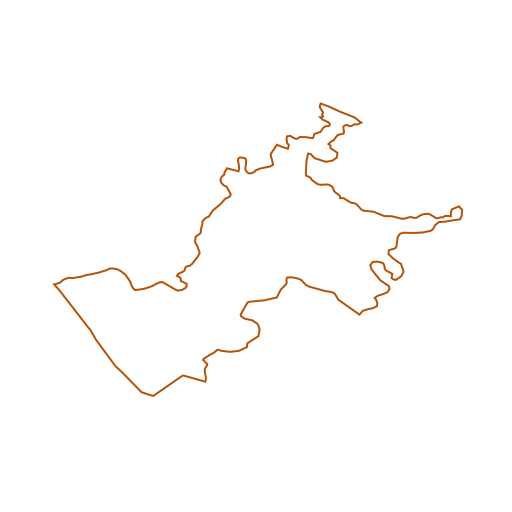 the district of Mahagi, Orientale, Democratic Republic of the Congo, rotated 108°
{"feature_id": "63176286B15680618396169", "entity_name": "Mahagi", "entity_type": "district", "adm_level": 2, "iso_a3": "COD", "parent_name": "Democratic Republic of the Congo", "parent_adm1": "Orientale", "projection": "natural_earth1", "projection_center": [30.592, 2.325], "detail": "fine", "context": "isolated", "style": "outline", "palette": "amber", "viewbox_px": 512, "rotation_deg": 108, "n_neighbors": 0, "source": "geoboundaries", "source_scale": "gbopen_adm2", "svg_char_len": 5105}
<svg xmlns="http://www.w3.org/2000/svg" viewBox="0 0 512 512"><g transform="rotate(108 256 256)"><path d="M96.6,197.1L96.3,198.0L96.2,198.5L93.8,204.9L92.7,221.4L91.4,232.4L91.0,241.6L92.0,241.6L94.0,241.7L96.1,240.0L98.5,236.8L99.7,236.5L100.8,236.9L101.0,237.0L102.3,235.5L103.1,235.7L104.2,237.9L104.7,236.8L105.7,234.7L106.5,228.3L107.7,226.5L108.9,226.4L109.5,226.7L109.8,226.9L109.9,227.0L110.8,229.2L111.9,230.8L113.9,231.9L118.0,233.0L121.6,237.8L122.5,238.2L122.9,238.2L124.4,238.2L125.2,238.1L126.5,238.6L127.6,245.5L129.4,251.2L131.7,252.9L132.3,255.1L132.2,255.4L131.8,257.8L131.1,260.6L132.7,263.5L134.1,263.3L136.0,262.8L138.9,261.3L140.4,259.0L144.1,258.8L144.1,261.6L144.2,264.6L144.2,265.2L144.2,265.5L143.7,270.5L152.1,272.8L154.0,273.6L156.6,272.6L159.6,270.5L164.1,267.9L164.9,268.8L166.6,270.4L169.4,275.4L171.1,278.3L171.5,279.0L174.7,282.9L174.8,283.0L176.5,283.5L178.9,286.1L179.1,286.7L179.6,288.7L179.0,290.4L178.4,291.3L177.4,292.6L176.6,293.0L176.2,293.2L170.6,294.1L167.8,295.1L166.9,295.8L166.4,296.9L166.6,298.7L167.2,301.7L168.9,303.0L170.9,302.6L172.6,301.6L177.7,299.1L180.8,298.8L181.0,302.3L181.6,310.8L182.7,310.9L186.1,311.9L186.4,311.7L187.3,311.4L188.6,311.5L189.5,312.0L191.0,312.9L192.0,313.1L193.3,313.4L195.1,313.2L197.5,311.1L198.9,308.1L199.3,305.1L202.9,301.5L204.8,299.3L206.9,299.0L209.0,300.6L211.1,303.0L213.9,304.2L217.3,305.6L226.4,311.3L233.1,313.1L234.7,314.9L237.0,316.5L240.1,317.7L241.6,316.9L246.6,316.7L251.5,315.8L256.3,319.3L260.1,318.7L262.3,317.7L264.4,315.1L270.3,310.6L271.5,310.6L274.1,311.1L283.0,314.2L285.8,316.0L287.6,319.1L289.0,319.6L291.8,319.5L293.3,320.4L297.1,324.5L299.4,325.0L299.6,322.6L300.6,320.7L303.1,319.6L303.2,317.5L303.9,313.4L306.1,312.6L308.1,313.1L311.0,315.7L313.0,319.4L312.8,322.6L311.8,327.1L311.4,328.9L309.7,337.3L309.8,337.5L311.3,340.1L314.6,343.5L316.8,345.6L318.8,348.2L321.8,352.3L325.8,360.4L324.6,362.9L322.9,364.9L318.7,368.3L314.2,374.4L312.1,380.0L311.8,382.0L311.5,384.5L312.2,388.8L313.5,391.7L315.7,393.8L317.0,395.8L320.6,400.7L321.8,402.9L324.2,406.8L325.9,410.3L327.6,413.0L329.9,416.2L331.2,418.9L333.9,424.1L334.5,427.3L337.3,431.0L339.0,432.5L341.9,434.2L343.6,436.4L345.4,439.3L348.7,433.4L358.5,418.9L375.9,393.3L377.5,390.7L380.6,387.2L385.0,382.4L404.1,355.8L408.4,346.6L420.9,322.8L420.9,321.1L420.9,319.6L421.0,319.6L421.0,318.7L420.9,310.5L394.7,290.6L392.4,288.8L392.1,287.8L391.2,265.5L388.7,265.5L386.5,266.4L384.8,267.4L380.9,269.4L378.7,269.7L374.7,268.7L373.9,269.0L371.1,274.2L370.3,274.2L364.7,269.7L361.3,266.4L357.8,264.1L357.4,263.9L356.8,263.2L356.8,261.6L356.8,258.7L356.3,257.1L356.0,254.8L354.9,250.3L351.5,243.0L345.5,236.5L341.7,237.2L331.4,228.9L324.7,229.9L321.0,232.5L319.9,234.1L318.3,239.9L319.1,247.0L318.0,251.2L317.4,251.9L316.3,252.5L314.9,252.2L303.7,249.9L302.3,249.3L300.9,246.7L295.9,235.0L291.7,227.9L289.1,223.4L280.5,222.1L274.0,218.9L272.7,218.5L271.0,218.9L268.7,219.8L267.1,219.8L266.5,219.2L265.1,214.7L264.8,212.1L264.5,209.5L264.8,205.6L268.2,199.4L268.7,195.6L267.9,178.7L267.1,174.5L267.1,172.6L267.1,171.0L267.6,169.3L272.1,164.2L279.8,139.5L275.1,137.5L272.1,133.2L269.7,129.0L268.5,127.7L266.3,125.4L263.4,126.0L260.9,127.8L259.2,130.2L256.0,127.7L252.9,123.2L249.8,119.8L245.9,118.8L243.6,120.2L240.8,130.1L237.3,135.5L233.0,142.0L229.2,144.5L225.7,143.2L224.0,139.3L223.5,135.5L223.6,132.8L225.6,130.9L228.5,129.5L229.6,127.8L230.9,120.7L233.3,120.5L235.0,120.4L235.8,118.1L235.5,115.6L233.1,113.7L230.3,111.6L226.9,111.0L225.9,110.8L224.1,111.5L219.1,115.4L218.6,115.8L218.4,117.3L215.9,125.0L213.2,130.6L209.4,131.4L208.3,129.8L205.7,126.0L204.0,125.3L194.1,127.1L190.5,126.0L188.5,123.5L186.8,118.0L184.8,111.6L182.2,104.9L178.2,97.8L175.7,95.9L171.3,95.2L167.3,92.6L165.1,87.2L163.5,84.1L160.7,78.7L158.1,73.3L154.1,72.7L151.3,73.6L148.4,74.2L146.1,78.3L150.9,84.0L153.7,84.3L154.2,84.3L158.0,82.9L158.7,86.3L159.6,88.8L161.6,90.2L161.9,91.5L162.0,92.1L163.2,93.9L164.0,95.2L164.3,96.5L162.7,103.1L162.7,105.7L163.3,106.9L164.3,109.2L166.3,112.0L168.4,113.8L170.0,115.1L170.9,117.2L171.0,118.9L171.1,120.7L171.3,121.2L171.6,122.0L174.9,126.8L175.5,129.0L176.2,139.0L178.4,146.4L177.6,157.9L178.8,163.7L179.4,166.2L179.5,166.6L179.7,167.5L179.5,168.8L179.2,170.3L176.3,175.3L175.9,176.2L175.4,178.6L175.9,182.5L175.9,182.8L175.8,183.0L174.0,190.5L174.9,194.0L174.3,194.2L173.6,194.3L173.1,194.8L172.7,195.3L170.8,200.6L169.8,202.2L168.7,202.9L168.2,203.2L167.9,203.6L166.5,205.1L166.1,206.8L165.7,208.3L166.3,211.5L168.2,216.1L168.5,217.9L168.5,218.3L168.5,219.9L167.8,222.3L166.6,226.1L164.6,228.6L164.2,232.7L163.5,233.6L162.3,234.0L156.3,235.7L149.9,237.4L142.4,238.1L142.1,235.6L144.9,230.4L144.8,218.5L141.6,212.7L137.5,209.6L134.8,209.9L132.6,210.6L130.4,218.4L127.9,219.4L127.1,221.7L124.1,220.0L123.7,219.6L121.9,217.9L121.7,217.9L115.9,215.8L115.7,215.7L115.2,214.9L115.0,214.6L112.5,210.6L111.0,210.6L108.5,211.8L106.9,212.6L105.7,212.8L104.2,211.8L103.2,209.8L103.7,207.4L103.1,205.7L100.1,202.8L100.0,201.6L99.8,200.7L99.4,200.0L98.9,199.3L97.7,198.4L96.6,197.1Z" fill="none" stroke="#b45309" stroke-width="2"/></g></svg>